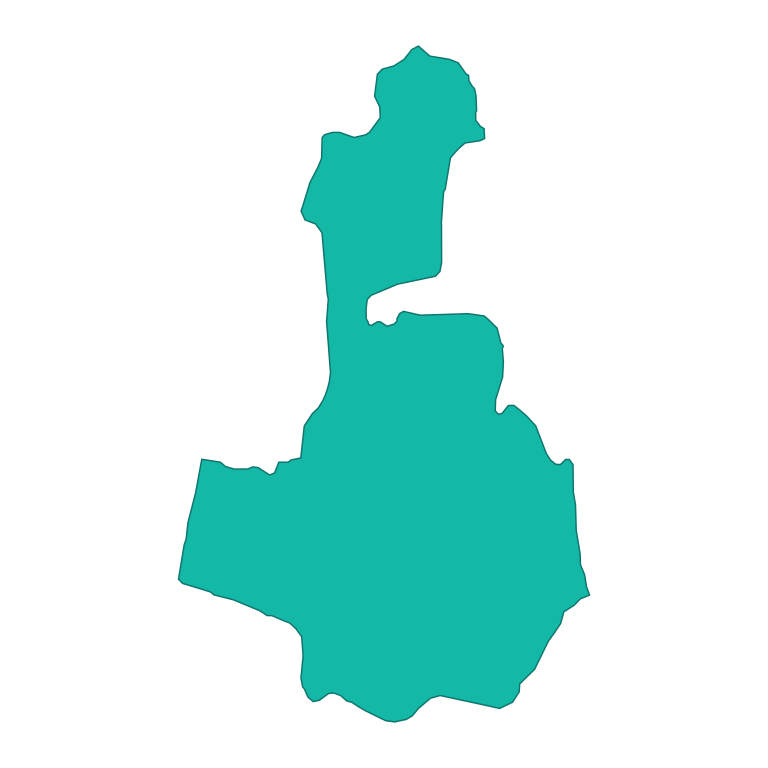 outline of Nueva Santa Rosa, Santa Rosa, Guatemala
{"feature_id": "79465075B8683235112277", "entity_name": "Nueva Santa Rosa", "entity_type": "district", "adm_level": 2, "iso_a3": "GTM", "parent_name": "Guatemala", "parent_adm1": "Santa Rosa", "projection": "robinson", "projection_center": [-90.272, 14.39], "detail": "fine", "context": "isolated", "style": "filled", "palette": "teal", "viewbox_px": 768, "rotation_deg": 0, "n_neighbors": 0, "source": "geoboundaries", "source_scale": "gbopen_adm2", "svg_char_len": 2251}
<svg xmlns="http://www.w3.org/2000/svg" viewBox="0 0 768 768"><path d="M267.2,615.6L271.8,615.6L283.0,620.4L289.7,623.0L296.0,628.8L301.7,636.7L303.1,655.8L301.0,677.9L302.6,686.8L304.4,689.0L307.2,695.3L308.2,697.4L313.3,701.6L319.5,700.2L328.5,693.5L333.9,693.0L340.6,695.5L346.7,700.9L352.0,702.4L358.8,706.9L366.5,711.3L385.8,720.7L394.8,721.9L406.3,719.4L412.4,715.7L418.5,708.4L430.5,698.2L440.1,695.5L482.4,704.6L499.7,708.4L512.5,702.2L519.2,691.9L519.7,683.9L534.6,669.3L548.4,641.1L554.8,632.2L560.7,623.4L563.8,611.9L574.4,605.0L580.2,598.9L589.5,595.1L586.5,586.6L584.6,574.8L580.5,564.9L580.1,553.8L576.2,530.2L575.5,504.9L573.3,492.0L573.0,464.6L569.3,459.5L565.6,459.5L562.4,462.7L560.4,464.6L555.8,464.3L550.7,460.3L546.4,453.7L535.7,425.9L526.3,415.7L518.7,409.2L513.8,405.4L508.4,405.5L502.0,413.5L498.4,414.3L495.2,410.9L495.6,399.7L502.6,377.1L503.4,362.0L502.3,348.8L503.3,346.0L500.8,342.8L497.1,328.1L488.5,319.7L484.3,316.0L468.1,313.7L420.4,315.2L403.5,311.4L399.7,313.6L396.9,318.9L397.2,320.8L394.0,324.2L387.0,326.2L380.3,321.8L377.5,321.8L371.3,325.5L368.8,324.6L368.0,322.0L366.2,318.8L366.1,308.6L367.2,299.6L371.1,295.3L397.4,284.2L435.4,276.2L439.9,271.5L441.6,262.6L441.5,227.5L441.4,221.8L443.6,191.7L445.2,189.3L450.4,158.1L452.7,155.0L458.5,148.7L465.0,143.0L479.9,140.7L484.6,138.6L484.1,128.6L480.6,126.6L475.8,120.5L475.6,112.4L476.6,110.9L476.0,95.7L474.5,88.8L471.4,85.1L468.9,80.5L468.6,75.4L466.0,73.9L458.2,62.8L449.2,59.3L429.8,56.1L418.4,46.1L411.9,49.5L404.2,59.2L402.3,60.6L393.9,65.9L382.2,69.2L377.4,74.2L374.6,96.2L379.7,106.8L380.3,117.7L369.4,132.4L365.5,134.9L354.1,137.5L339.6,132.4L332.5,132.4L324.6,134.7L322.2,137.6L321.6,158.3L318.5,166.0L310.0,182.5L302.7,206.3L301.1,211.0L305.0,219.9L315.7,224.0L322.0,232.7L327.2,293.6L328.3,299.2L326.6,321.4L330.5,372.9L329.3,381.8L327.6,388.4L325.3,395.2L322.8,400.6L318.3,408.0L312.4,413.6L304.3,425.9L300.8,458.0L291.1,459.9L288.2,462.2L278.8,462.2L274.6,473.0L269.6,475.0L258.1,467.6L252.7,466.9L247.8,469.0L234.2,469.1L225.5,466.5L220.4,462.2L201.8,459.3L195.6,492.9L187.9,522.9L186.2,539.0L184.2,544.7L178.5,579.3L182.6,583.4L210.4,591.9L214.0,594.9L233.4,599.8L259.9,610.8L267.2,615.6Z" fill="#14b8a6" stroke="#0f766e" stroke-width="1.5"/></svg>